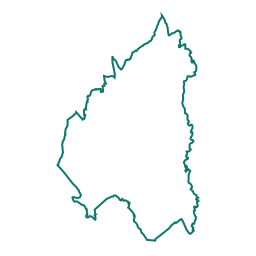 Tepeojuma, Puebla, Mexico
{"feature_id": "50627088B71138108989678", "entity_name": "Tepeojuma", "entity_type": "district", "adm_level": 2, "iso_a3": "MEX", "parent_name": "Mexico", "parent_adm1": "Puebla", "projection": "equal_earth", "projection_center": [-98.425, 18.729], "detail": "fine", "context": "isolated", "style": "outline", "palette": "teal", "viewbox_px": 256, "rotation_deg": 0, "n_neighbors": 0, "source": "geoboundaries", "source_scale": "gbopen_adm2", "svg_char_len": 5797}
<svg xmlns="http://www.w3.org/2000/svg" viewBox="0 0 256 256"><path d="M190.5,233.8L193.8,230.7L193.7,230.4L192.7,230.2L192.6,229.7L193.1,228.8L193.0,228.5L193.4,228.1L192.8,226.8L192.3,226.9L191.8,226.5L191.8,225.5L192.6,223.6L193.2,223.9L193.9,223.9L194.3,223.4L195.1,220.1L195.8,219.3L195.7,218.1L196.0,217.1L195.0,215.8L194.1,213.1L193.9,210.8L194.8,210.6L195.1,210.1L194.1,207.3L194.3,206.6L195.0,206.5L196.0,207.2L197.0,207.1L197.8,205.7L196.9,203.0L197.1,202.0L198.5,201.2L198.3,200.3L196.3,199.7L196.1,199.2L196.7,198.2L198.0,197.7L196.9,197.0L196.6,196.3L196.6,195.3L194.3,194.0L193.7,193.3L193.0,191.5L190.6,189.2L191.3,188.0L191.9,187.8L191.8,185.8L190.2,183.5L188.8,182.9L188.4,181.7L188.7,177.7L188.5,175.6L189.3,173.0L190.2,170.9L189.8,170.4L188.8,169.8L188.7,169.7L188.7,170.1L188.3,169.8L187.9,169.6L187.0,170.3L186.5,170.2L186.0,171.6L185.3,170.9L186.8,167.6L187.0,166.7L186.5,166.1L185.5,167.1L185.3,166.9L185.0,165.0L184.0,163.0L183.9,162.3L184.1,161.7L185.6,159.8L187.4,159.2L188.0,158.4L187.9,157.7L186.6,157.3L186.1,156.2L186.2,155.6L186.7,155.1L187.1,154.1L187.2,153.1L186.6,151.6L189.3,151.3L190.1,150.0L190.7,149.4L189.7,148.5L189.5,146.4L189.8,144.2L190.9,143.2L192.2,142.7L192.8,142.2L193.4,141.2L193.2,140.6L192.2,139.9L191.5,139.9L191.1,139.6L190.7,139.1L190.5,138.3L190.8,137.4L191.9,135.7L192.6,134.2L192.2,132.2L191.8,132.2L191.5,132.7L190.9,132.4L190.8,132.0L191.3,130.2L192.5,128.2L192.5,126.4L192.1,125.2L191.7,124.8L190.8,124.7L189.9,125.3L189.7,125.6L189.3,125.6L188.7,125.2L187.9,123.7L187.8,123.1L188.1,122.5L188.8,122.2L188.8,121.6L188.4,120.7L187.7,119.9L187.4,118.7L187.7,115.5L186.9,114.3L186.2,113.6L185.2,113.4L184.9,112.8L184.9,108.9L184.3,107.9L183.8,107.5L183.3,106.4L182.4,103.7L182.3,102.4L182.9,100.7L183.3,98.3L183.3,98.0L183.0,97.8L183.1,96.9L182.8,95.8L182.9,94.9L183.6,93.4L184.1,91.6L184.1,90.9L183.6,86.9L184.2,84.5L184.2,83.7L183.8,82.1L183.9,81.4L185.9,80.7L186.4,80.1L187.0,79.0L187.6,76.4L188.1,76.1L189.0,76.1L189.6,76.6L191.0,76.7L193.7,75.4L195.2,75.0L195.3,74.6L195.1,73.7L194.2,72.3L195.5,71.7L196.0,70.9L196.2,70.3L196.2,69.1L196.4,67.7L196.3,66.5L196.1,65.5L194.2,62.3L193.5,60.5L193.2,60.3L192.8,60.3L192.5,62.5L192.0,62.5L191.6,61.9L191.4,60.6L191.5,58.5L191.3,57.7L191.2,57.3L189.8,56.0L189.6,55.6L189.5,54.8L189.6,54.4L189.8,54.6L189.9,53.8L190.3,53.1L190.6,52.8L191.2,52.7L191.1,52.2L190.2,51.0L188.4,49.3L186.8,48.8L185.7,48.8L185.3,48.6L185.5,47.8L185.2,46.3L185.3,44.4L184.9,44.2L184.2,44.3L182.9,45.3L181.0,45.9L180.3,46.8L180.0,46.6L179.8,47.2L179.1,47.1L179.0,45.8L179.3,46.0L180.2,44.2L180.0,41.8L179.7,40.7L179.8,39.9L180.5,39.1L181.3,38.9L181.5,38.4L181.3,36.7L180.5,35.6L180.6,33.2L180.4,32.1L179.8,32.1L179.6,31.2L178.6,31.2L178.0,30.4L177.4,30.5L176.9,31.1L175.7,31.5L175.1,32.3L174.3,32.8L172.1,33.3L170.1,34.9L169.1,35.4L168.7,35.1L168.3,33.8L168.2,31.9L168.0,31.5L167.5,26.9L166.9,25.8L166.7,25.1L166.8,24.3L166.1,23.4L165.3,22.8L164.7,20.1L162.5,16.2L161.9,15.4L162.0,16.2L161.8,17.0L159.1,21.1L158.4,23.0L158.0,24.5L157.3,25.7L155.7,30.4L154.7,31.7L154.4,32.5L154.3,33.1L154.8,34.5L154.8,34.9L154.3,35.6L153.1,36.2L152.3,37.3L151.8,39.3L151.1,40.5L150.5,41.0L149.1,41.5L148.2,42.7L147.7,43.0L146.7,43.2L146.1,43.5L145.6,43.9L144.9,44.0L143.8,44.6L143.3,45.5L142.5,45.7L141.8,46.4L140.1,47.3L138.8,48.5L137.8,49.0L137.6,49.7L136.7,50.8L136.4,51.0L135.5,50.6L134.2,51.8L132.3,52.5L132.2,54.4L131.7,55.1L131.5,55.8L131.3,56.0L130.7,58.3L130.1,58.5L129.8,59.4L129.4,59.7L128.3,59.5L127.6,59.6L127.5,60.0L127.1,60.2L126.4,60.0L125.7,60.2L125.4,61.4L124.6,63.6L124.3,65.0L123.2,66.5L122.2,68.7L121.3,69.5L120.8,69.4L119.8,68.3L119.6,67.7L118.7,67.2L116.0,61.2L115.3,60.2L113.8,59.2L113.1,58.1L112.4,56.1L112.4,62.1L114.9,74.3L114.6,77.6L113.0,76.1L111.0,76.1L108.1,76.9L105.9,76.6L104.0,75.9L104.6,80.6L105.9,83.5L104.2,83.7L104.5,85.8L102.6,86.0L103.1,91.6L100.9,91.9L100.6,89.0L98.2,89.3L98.2,89.1L95.8,89.1L95.8,89.6L94.5,89.5L93.9,90.0L92.2,90.3L91.7,90.6L89.8,95.7L88.9,96.0L88.2,95.8L87.3,96.8L88.0,98.7L87.5,100.2L87.6,101.6L87.0,101.5L86.7,102.8L85.8,107.8L85.8,108.4L86.1,109.4L84.4,109.3L83.9,111.3L84.2,113.3L84.0,114.8L85.3,115.1L84.3,118.9L82.7,118.6L82.5,119.4L76.2,112.1L76.0,113.2L71.5,117.1L70.2,117.9L67.5,120.0L67.5,120.9L67.7,122.3L67.5,124.2L67.6,125.2L67.5,125.8L65.6,129.2L65.2,132.0L65.3,133.0L65.2,132.9L65.0,134.3L65.1,134.9L65.0,135.6L64.6,136.7L64.1,139.4L62.7,141.5L62.5,143.6L62.1,144.8L62.4,146.2L62.5,148.3L63.0,152.3L62.6,153.3L62.0,155.8L60.5,158.5L59.9,159.0L59.6,160.1L59.6,160.8L58.6,162.6L58.4,163.0L58.5,163.6L58.2,164.5L57.5,165.1L63.0,171.2L72.6,183.4L75.8,186.6L78.9,190.5L79.0,191.7L79.7,192.6L80.9,195.0L80.5,196.2L80.0,197.0L78.9,197.7L77.9,197.9L76.4,197.9L73.8,197.1L72.5,197.3L72.4,197.5L73.4,200.3L73.9,201.2L75.6,201.7L76.5,201.4L77.0,201.4L80.8,204.0L81.6,204.8L83.6,205.1L84.2,205.6L85.3,207.4L85.8,208.9L86.8,209.3L86.8,211.9L87.4,214.5L86.3,215.2L86.8,216.0L86.6,216.9L86.4,217.0L86.8,217.3L87.7,217.5L88.3,217.3L88.8,217.0L89.6,216.1L90.2,216.1L91.8,216.8L93.1,217.8L94.9,219.6L95.3,219.7L95.6,217.9L95.0,215.7L94.6,215.2L95.6,214.5L95.2,214.4L94.7,209.6L106.6,199.0L112.1,196.4L113.0,196.6L113.5,196.3L114.0,195.5L114.2,195.4L115.7,195.5L118.4,197.7L119.4,199.0L119.8,199.8L120.8,200.3L121.5,199.6L121.5,200.0L122.4,199.3L123.8,200.8L125.0,200.2L128.2,201.8L128.1,202.4L128.4,203.5L129.0,202.8L129.5,202.9L128.7,206.9L128.2,207.7L129.5,208.6L130.6,210.1L132.3,211.6L133.6,213.6L133.8,215.6L134.5,215.3L134.8,216.7L133.9,219.5L133.9,220.7L134.1,221.4L136.1,223.1L137.1,224.6L137.7,226.5L138.8,228.2L140.7,229.6L141.1,231.9L143.5,234.5L147.0,239.9L155.2,240.6L155.3,239.2L169.0,228.5L171.4,225.4L175.1,222.4L175.9,223.1L181.1,219.1L181.7,219.4L183.2,221.9L184.9,226.0L186.5,229.5L189.0,233.2L190.5,233.8Z" fill="none" stroke="#0f766e" stroke-width="2"/></svg>